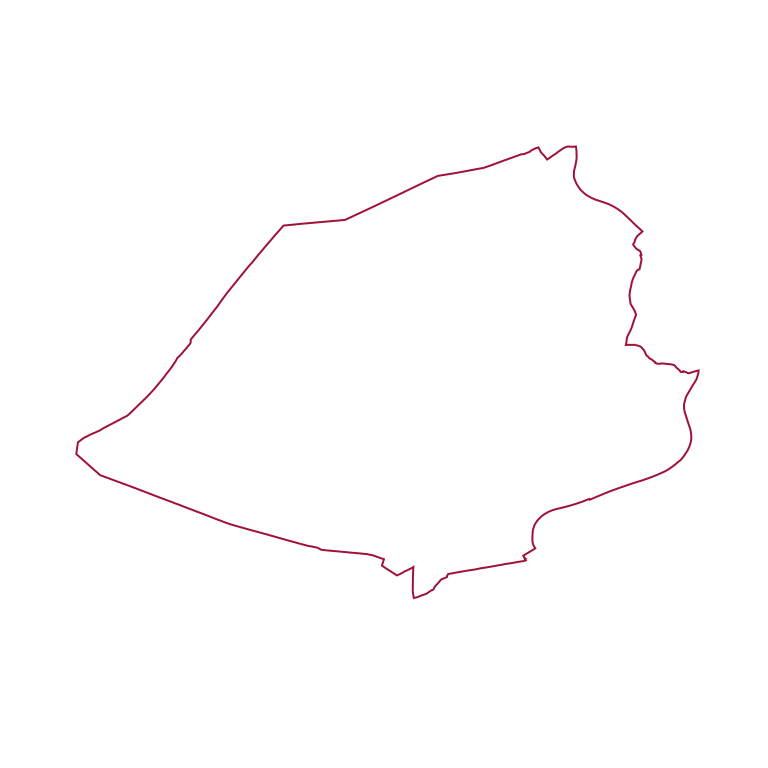 outline of Heerde, Gelderland, Netherlands, rotated 353°
{"feature_id": "6326949B25079542820913", "entity_name": "Heerde", "entity_type": "district", "adm_level": 2, "iso_a3": "NLD", "parent_name": "Netherlands", "parent_adm1": "Gelderland", "projection": "equal_earth", "projection_center": [6.06, 52.406], "detail": "fine", "context": "isolated", "style": "outline", "palette": "rose", "viewbox_px": 768, "rotation_deg": 353, "n_neighbors": 0, "source": "geoboundaries", "source_scale": "gbopen_adm2", "svg_char_len": 6023}
<svg xmlns="http://www.w3.org/2000/svg" viewBox="0 0 768 768"><g transform="rotate(353 384 384)"><path d="M603.4,171.6L600.6,171.6L598.2,171.2L595.4,170.7L593.6,171.0L591.2,171.6L584.4,175.2L583.2,176.0L580.9,177.2L580.4,177.3L573.3,181.1L570.8,176.9L568.3,173.6L567.8,172.7L567.1,170.4L566.0,167.9L564.8,168.3L563.9,168.3L559.2,169.9L558.5,170.2L557.1,171.2L551.3,172.8L550.4,173.0L548.9,172.7L548.4,172.7L530.0,176.9L527.3,177.5L516.9,180.0L508.7,181.7L503.3,181.9L500.6,182.1L492.5,182.6L481.6,183.3L462.8,184.0L447.9,188.9L405.9,203.1L395.7,206.5L374.5,213.4L365.3,216.4L320.7,214.9L314.7,214.8L303.6,214.5L297.0,220.4L292.9,224.0L286.2,230.2L284.2,232.0L273.8,241.6L268.4,246.9L264.1,250.6L259.4,255.1L239.3,274.5L231.3,283.0L230.3,284.3L230.0,284.5L228.4,286.3L225.9,288.8L220.6,294.1L216.3,298.5L209.4,305.2L206.1,308.4L200.3,313.7L198.2,315.8L197.7,316.4L197.4,316.8L197.4,317.1L197.3,318.4L197.3,318.8L197.2,319.2L197.0,319.6L196.7,320.0L196.2,320.6L193.8,322.9L191.0,325.5L189.8,326.5L188.8,327.4L187.2,329.0L185.6,330.3L184.8,331.0L182.7,332.5L182.0,333.1L180.8,334.8L180.2,335.6L175.4,341.3L170.3,346.4L168.9,347.8L166.0,350.9L158.3,358.2L156.0,360.4L153.6,362.5L151.1,364.6L148.5,366.7L145.8,368.9L138.8,374.2L128.0,382.4L125.1,384.3L119.9,386.2L100.8,393.4L96.1,395.5L91.0,397.1L86.7,398.3L80.2,400.7L79.7,400.8L73.1,404.6L72.6,406.4L70.2,415.5L70.1,416.1L91.0,439.7L91.4,440.0L108.6,448.9L124.7,457.2L146.5,468.8L159.2,475.4L161.7,476.8L165.5,478.7L175.4,484.0L178.7,485.7L182.4,487.7L188.0,490.6L197.5,495.7L200.0,497.1L211.1,502.9L214.8,504.7L234.1,512.8L239.8,515.1L254.1,521.0L268.7,527.2L273.7,529.2L274.0,529.3L280.6,532.1L286.9,534.6L287.8,535.0L289.7,535.7L291.0,536.0L292.3,536.5L292.7,536.5L292.8,536.6L295.8,537.6L298.3,538.5L298.6,538.7L298.8,539.0L301.3,540.7L302.1,541.1L345.6,550.6L346.0,550.6L349.5,551.9L351.1,552.4L352.1,552.7L361.7,557.5L362.6,557.9L360.8,561.8L359.8,563.9L363.9,567.6L366.9,570.0L373.5,575.6L375.3,575.0L376.8,574.6L377.5,574.3L380.5,573.1L381.6,572.5L383.9,571.9L385.0,571.5L390.3,569.6L390.8,569.3L389.9,574.5L388.9,581.1L388.5,584.3L387.4,592.1L387.3,593.3L387.3,594.2L387.3,595.7L387.5,600.1L388.9,599.9L391.1,599.6L392.1,599.4L393.7,599.0L395.2,598.5L397.4,598.1L399.1,597.7L400.2,597.4L401.0,597.1L403.0,596.1L405.6,594.7L406.1,594.6L407.2,594.3L407.9,594.0L408.2,593.7L408.7,593.0L409.4,591.8L410.0,591.2L410.4,590.7L412.0,589.4L414.5,587.3L415.6,586.2L416.2,585.5L416.8,585.1L418.2,584.6L421.2,583.8L422.8,583.4L423.1,583.1L423.1,582.9L423.1,582.3L423.8,581.4L424.4,580.5L424.7,580.4L426.1,580.3L426.7,580.3L429.1,580.2L435.2,579.8L443.9,579.4L451.0,579.2L457.8,578.7L461.5,578.6L464.0,578.5L468.0,578.3L475.8,577.9L480.1,577.7L480.7,577.5L486.3,577.4L498.4,576.8L500.8,576.8L503.2,576.3L502.5,575.0L503.2,574.7L502.6,574.2L501.8,572.6L501.3,571.4L510.6,567.2L514.1,565.6L512.9,562.8L512.5,561.3L512.3,560.5L512.2,559.4L512.2,558.1L512.4,556.0L512.7,553.7L513.1,551.5L513.5,549.2L513.7,548.1L514.1,547.1L514.9,545.0L515.4,543.9L515.9,542.9L516.8,541.6L518.0,540.0L519.0,538.9L520.1,537.8L521.2,536.9L523.4,535.1L524.3,534.4L525.4,533.8L526.7,533.1L529.8,531.7L531.2,531.1L534.2,530.2L535.8,529.8L539.2,529.2L542.7,528.8L546.4,528.4L549.7,528.0L556.7,526.9L560.1,526.3L563.5,525.6L566.8,524.9L570.3,524.0L573.8,523.1L574.1,523.9L584.7,520.9L594.1,518.3L598.8,517.2L604.2,516.0L613.8,513.9L623.5,512.0L627.8,511.3L635.1,509.7L640.9,508.3L643.8,507.5L650.8,505.4L652.3,504.9L653.6,504.4L655.2,503.7L657.6,502.5L659.9,501.3L663.8,499.0L665.7,497.7L668.8,495.9L671.3,493.7L673.4,491.5L675.3,489.2L677.1,487.1L678.3,485.3L679.5,483.2L680.6,481.0L681.4,478.9L682.1,476.9L682.5,474.5L682.7,472.6L682.7,468.5L682.5,466.6L682.2,464.5L681.7,462.4L680.5,456.0L679.5,450.9L679.1,448.6L678.9,446.6L678.9,444.4L679.1,442.2L679.2,441.2L679.7,439.8L681.0,436.4L681.9,434.2L683.0,432.4L689.4,424.1L691.1,421.9L693.0,419.6L694.5,417.7L695.2,416.4L696.2,414.2L697.1,412.1L697.9,408.9L695.1,409.2L687.5,410.5L685.5,409.3L683.7,408.2L682.8,407.9L682.8,408.2L682.5,408.5L680.4,408.3L679.8,408.0L679.4,407.1L679.2,406.7L678.2,405.5L676.7,403.9L675.4,402.1L675.3,401.9L674.6,400.8L673.9,400.4L672.3,399.8L669.2,398.9L668.8,398.9L667.6,398.7L666.1,398.3L664.4,397.9L663.2,397.6L662.3,397.5L661.4,397.4L660.9,397.4L660.7,397.6L657.7,397.2L655.6,395.9L655.9,395.5L655.0,394.6L654.3,394.0L653.4,393.2L653.2,392.9L653.2,392.7L651.5,391.5L651.2,391.3L650.9,391.1L650.4,390.6L650.2,390.3L649.9,389.5L649.5,389.1L648.7,388.4L648.0,387.5L647.6,386.9L647.6,386.7L647.4,385.9L647.1,384.8L646.8,383.8L646.1,382.2L645.9,381.6L645.5,381.2L644.7,380.1L644.3,379.4L643.9,378.9L643.3,378.3L643.0,378.1L641.5,377.2L640.7,376.8L638.7,376.2L638.1,375.9L637.9,375.7L629.0,374.7L628.8,374.7L629.2,373.6L629.5,372.8L630.7,368.1L631.2,366.8L631.4,366.4L632.1,365.4L635.0,361.1L636.4,358.7L637.0,357.6L638.7,353.8L639.0,353.1L639.9,351.3L641.1,348.9L642.3,346.7L642.6,346.1L642.6,345.7L642.2,344.3L642.2,344.0L642.1,343.5L642.2,343.3L642.1,342.9L640.5,339.1L638.5,334.5L638.4,326.2L639.0,323.7L639.6,321.5L640.4,319.0L641.0,317.6L641.3,316.8L641.8,314.9L642.9,312.0L643.3,311.1L644.0,309.7L646.4,306.0L647.7,303.9L648.3,303.0L648.9,302.2L649.7,301.7L651.6,301.3L654.6,292.6L654.8,291.7L654.8,291.0L654.1,287.6L654.1,287.4L654.3,287.2L655.2,287.2L654.9,285.3L654.7,284.3L654.6,283.8L654.4,283.4L654.1,283.0L652.4,281.7L651.3,280.8L650.8,280.3L649.5,278.2L649.2,277.9L648.3,276.0L648.7,275.1L649.1,274.9L649.6,274.3L650.7,271.9L650.8,271.5L652.9,268.6L653.4,268.1L656.6,265.8L657.1,265.6L659.1,264.1L654.8,258.9L653.0,256.9L650.6,253.9L648.0,250.6L642.3,243.7L640.4,241.7L637.0,238.6L634.9,236.9L632.4,235.1L629.6,233.3L627.9,232.3L625.7,231.2L622.6,229.7L616.4,226.8L612.7,224.6L608.6,221.6L606.3,219.5L604.5,217.4L603.2,215.8L602.7,215.1L601.0,212.1L600.5,211.0L599.9,209.8L599.1,207.6L597.9,203.1L597.7,202.0L597.8,200.5L598.0,198.7L598.3,197.2L598.5,196.1L599.3,193.8L600.7,190.1L601.4,187.9L602.1,185.7L602.8,182.8L603.0,181.0L603.5,175.5L603.4,171.6Z" fill="none" stroke="#9f1239" stroke-width="2"/></g></svg>